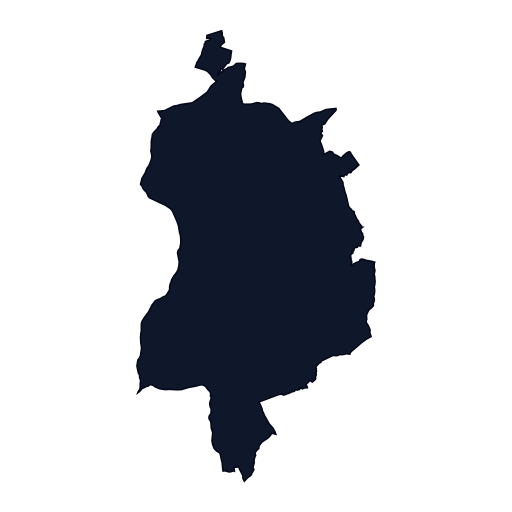 Dragesti, Bihor, Romania
{"feature_id": "2599482B88212015741869", "entity_name": "Dragesti", "entity_type": "district", "adm_level": 2, "iso_a3": "ROU", "parent_name": "Romania", "parent_adm1": "Bihor", "projection": "mercator", "projection_center": [22.124, 46.918], "detail": "fine", "context": "isolated", "style": "filled", "palette": "ink", "viewbox_px": 512, "rotation_deg": 0, "n_neighbors": 0, "source": "geoboundaries", "source_scale": "gbopen_adm2", "svg_char_len": 6066}
<svg xmlns="http://www.w3.org/2000/svg" viewBox="0 0 512 512"><path d="M223.0,471.1L225.2,470.9L229.1,472.0L230.8,471.8L232.9,471.1L233.9,470.9L234.5,471.2L234.0,467.4L238.8,467.0L239.5,469.2L242.4,474.8L242.9,476.2L242.8,477.5L243.1,478.9L244.3,481.3L247.9,477.5L250.7,475.6L251.7,474.1L251.8,473.3L253.6,470.4L253.9,469.4L253.1,467.9L253.2,466.4L254.2,463.1L254.1,460.2L254.7,457.6L255.7,455.3L255.0,452.9L256.6,450.6L258.3,448.8L258.8,448.7L259.0,446.1L259.4,445.4L262.0,442.0L267.6,438.3L269.4,436.7L271.0,434.6L271.4,433.2L275.9,434.3L275.2,432.2L273.1,428.2L269.2,423.8L264.4,415.3L263.2,412.2L262.6,411.5L262.0,408.7L260.6,405.2L259.6,403.4L259.2,401.9L278.3,394.7L282.0,394.1L283.2,395.1L285.6,394.6L287.5,393.6L288.2,393.6L289.8,393.0L290.0,392.5L294.5,391.2L295.4,389.9L297.5,390.1L298.0,389.7L299.4,389.6L299.7,388.9L300.5,388.4L300.7,387.8L301.0,387.7L302.3,388.9L304.7,387.9L307.4,387.8L307.4,387.1L305.9,384.7L310.0,380.5L312.2,382.1L313.7,381.0L315.6,379.1L315.6,376.8L316.2,375.0L316.3,374.1L316.0,373.2L316.5,371.1L316.2,368.9L316.4,368.3L316.0,367.5L316.1,366.8L316.7,365.7L317.9,364.7L318.8,363.4L321.0,362.2L321.2,361.5L321.7,360.9L332.9,355.5L337.1,355.7L339.8,354.6L342.3,354.7L347.2,353.7L349.5,354.3L350.0,354.0L350.3,352.7L351.7,351.2L361.2,343.0L366.3,339.2L371.1,336.6L369.9,332.8L370.1,329.8L368.3,325.6L366.2,322.4L366.4,320.4L366.8,319.3L366.5,315.3L367.4,312.9L369.0,309.9L372.2,307.2L373.4,305.7L373.5,305.0L373.1,303.9L374.2,301.2L374.4,299.9L374.1,297.7L373.6,296.4L374.4,294.2L374.4,293.0L374.7,292.1L374.6,288.9L374.3,286.7L374.8,284.8L375.1,281.7L374.7,276.1L374.2,274.7L375.0,270.1L374.6,269.4L374.2,266.6L374.3,263.3L374.8,262.2L372.3,261.4L365.7,260.2L364.8,259.6L361.4,259.0L360.0,259.7L359.9,260.2L358.8,261.9L357.1,262.1L353.2,264.1L352.6,265.3L352.7,265.8L352.2,266.0L351.4,265.5L351.3,264.3L351.5,263.3L351.8,263.0L351.7,261.2L351.1,260.2L351.0,259.0L351.2,258.3L351.0,257.9L350.3,257.8L350.2,257.2L350.3,256.6L350.9,256.1L350.4,255.1L350.5,254.8L351.4,254.2L351.5,253.5L352.1,253.6L353.0,252.9L352.9,252.2L352.2,252.0L352.3,251.5L353.7,250.7L353.9,250.4L353.8,249.7L355.3,247.1L356.6,247.5L357.5,247.2L357.6,246.2L358.8,245.7L360.2,246.2L360.6,246.0L360.9,243.5L361.5,242.0L362.9,239.8L363.4,238.2L363.5,236.7L362.8,235.7L362.5,233.5L361.5,232.2L360.8,230.6L360.6,228.8L362.7,227.2L361.7,227.1L361.5,225.9L359.1,223.1L358.3,220.9L357.0,219.3L354.4,213.9L354.2,211.7L352.5,210.9L351.1,209.1L349.7,207.9L348.6,206.1L346.2,195.4L344.9,191.8L344.1,188.2L343.1,185.0L343.0,182.5L341.1,179.1L339.1,176.3L340.3,175.7L340.3,176.3L340.7,176.5L341.6,175.9L342.0,176.3L342.4,176.3L342.7,175.7L343.2,175.8L343.7,176.6L344.0,176.5L344.3,175.1L344.7,174.6L345.2,174.9L345.5,174.4L345.9,174.4L346.7,175.1L347.5,173.6L348.5,172.7L349.8,171.9L350.1,172.2L349.9,172.7L350.4,172.8L351.3,172.2L351.8,171.3L351.8,170.4L352.9,170.3L353.2,169.5L353.6,169.2L354.2,169.3L358.9,165.0L350.9,153.6L350.6,152.5L349.6,151.7L349.0,151.7L346.7,152.8L343.1,155.8L341.8,157.5L340.8,157.9L337.4,155.7L333.9,154.2L332.4,152.1L329.7,151.2L324.5,154.1L324.2,154.7L323.9,154.5L323.6,151.1L321.5,144.6L320.2,141.6L320.2,140.3L322.5,135.6L320.7,133.3L322.3,131.3L322.4,130.9L321.8,129.3L322.3,127.3L321.9,125.9L322.0,125.3L322.5,124.8L324.8,123.9L326.8,120.6L328.3,118.6L335.9,110.4L336.2,109.1L336.0,108.4L326.0,109.5L320.4,112.0L316.9,112.4L314.6,113.1L307.4,116.9L299.9,121.4L295.1,122.1L291.9,123.5L288.7,121.1L278.7,108.3L272.3,104.5L269.6,103.7L264.0,103.0L260.7,103.7L260.2,103.1L259.2,102.8L256.7,102.6L251.2,104.1L244.0,104.2L242.7,103.6L241.9,101.0L240.8,95.9L240.6,93.6L241.8,87.9L243.3,86.9L243.4,84.5L242.9,82.7L243.1,81.8L244.8,77.5L245.4,71.8L244.3,68.6L245.5,64.0L243.9,63.5L240.7,63.3L236.4,63.4L233.4,66.2L228.0,67.5L226.9,68.6L223.6,70.0L220.9,72.7L217.8,74.8L218.5,72.4L220.0,71.5L220.3,70.8L220.7,68.9L222.4,69.2L226.8,63.7L228.9,62.9L229.9,60.8L230.7,57.8L231.1,53.9L231.6,51.0L220.1,47.2L221.5,44.6L224.5,42.2L223.7,37.7L222.9,36.8L222.4,35.9L222.2,34.4L222.3,33.0L221.6,30.7L206.9,35.4L206.7,38.4L210.7,38.2L211.0,38.6L210.9,39.2L208.8,40.3L205.8,41.3L205.3,41.7L205.2,42.5L205.4,43.3L204.2,44.1L204.3,45.8L202.3,50.8L201.3,55.2L199.2,58.5L197.6,61.6L196.9,62.4L195.3,67.2L205.4,70.2L207.8,71.7L210.8,74.9L212.5,77.7L216.5,81.5L211.2,85.8L207.2,92.1L198.9,98.3L192.2,102.8L180.4,104.5L177.2,105.5L174.1,106.0L172.7,106.5L164.6,110.6L157.7,111.2L158.4,112.8L161.9,118.7L161.0,120.0L161.0,121.1L160.2,124.0L160.2,124.8L157.7,127.5L157.5,128.4L153.8,132.3L152.3,134.6L152.2,136.5L151.6,139.3L151.3,141.8L151.2,148.1L150.8,151.0L151.7,154.8L151.8,157.4L151.0,160.3L148.9,165.7L146.9,168.3L145.3,172.6L141.9,178.5L140.5,184.3L142.5,186.9L142.7,188.1L144.6,190.5L146.5,192.4L148.3,196.5L149.4,197.8L165.8,205.5L170.6,208.8L172.5,211.2L176.8,221.0L178.4,225.5L179.6,233.0L180.3,235.0L180.7,238.6L180.8,243.0L179.8,248.4L178.3,250.1L177.9,251.0L177.5,252.8L178.8,260.1L179.1,260.9L179.5,261.0L179.2,261.5L178.9,265.4L178.1,269.2L177.2,271.3L175.3,274.2L174.4,275.1L171.7,279.5L171.1,281.7L169.9,284.7L169.6,286.9L169.6,289.4L168.8,291.2L166.3,295.1L165.3,296.1L163.4,296.7L160.6,298.5L157.3,299.7L155.2,300.8L151.9,305.2L148.6,311.8L144.5,317.3L142.0,321.4L141.3,323.9L141.3,330.6L140.8,333.4L140.5,337.8L140.8,343.2L141.4,347.0L141.5,348.7L140.4,355.6L139.6,357.7L137.8,360.1L136.9,366.0L138.3,373.0L139.5,375.0L139.6,377.7L140.5,380.2L140.6,381.0L140.2,383.0L140.1,388.2L139.5,389.7L138.1,391.8L137.7,392.9L139.5,391.5L142.1,388.6L146.7,386.4L148.2,386.1L150.4,384.5L152.9,385.3L155.4,387.0L160.0,388.9L164.9,389.6L170.0,389.4L176.5,389.8L181.2,389.7L188.4,387.5L195.6,386.2L199.8,385.0L202.7,384.9L205.4,386.3L207.8,389.5L209.9,391.6L210.7,393.6L210.4,396.0L211.1,397.4L211.1,398.6L209.7,402.8L209.8,404.8L210.3,407.2L211.1,408.7L211.2,409.6L210.9,413.0L210.5,414.2L209.4,415.6L209.0,416.6L208.9,418.1L209.3,419.4L210.6,421.3L211.0,423.6L211.2,427.9L212.7,432.8L211.9,440.7L212.7,444.7L214.1,448.4L216.6,451.1L219.2,452.5L220.2,454.1L221.1,458.6L222.2,463.1L222.6,468.6L223.0,471.1Z" fill="#0f172a" stroke="#020617" stroke-width="1.5"/></svg>